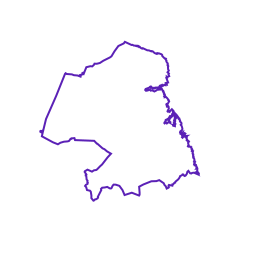 Sokndal nor, Rogaland, Norway (orthographic projection), rotated 224°
{"feature_id": "86288312B30341713179901", "entity_name": "Sokndal nor", "entity_type": "district", "adm_level": 2, "iso_a3": "NOR", "parent_name": "Norway", "parent_adm1": "Rogaland", "projection": "orthographic", "projection_center": [6.294, 58.377], "detail": "fine", "context": "isolated", "style": "outline", "palette": "violet", "viewbox_px": 256, "rotation_deg": 224, "n_neighbors": 0, "source": "geoboundaries", "source_scale": "gbopen_adm2", "svg_char_len": 5882}
<svg xmlns="http://www.w3.org/2000/svg" viewBox="0 0 256 256"><g transform="rotate(224 128 128)"><path d="M45.5,143.2L46.7,143.5L45.8,143.8L46.2,144.1L45.2,143.9L45.1,144.2L45.5,144.5L46.8,144.7L46.7,144.3L47.7,144.0L47.6,144.5L48.1,145.0L48.3,144.8L48.4,145.2L50.0,147.1L50.4,147.2L50.7,146.6L50.9,147.5L51.5,147.7L51.4,147.2L53.0,148.1L53.0,148.4L53.5,148.7L54.0,148.4L53.5,148.2L54.1,148.2L54.3,147.5L55.1,147.9L55.0,148.2L55.3,147.9L55.7,148.6L55.4,148.9L56.2,149.5L56.2,149.9L56.8,149.7L56.9,150.3L57.4,150.2L57.4,150.6L58.7,151.7L60.1,152.3L60.0,151.9L60.4,151.9L61.1,152.5L60.7,152.7L60.8,152.9L62.9,154.0L62.9,154.5L64.1,154.7L64.7,155.9L66.1,155.7L66.2,156.0L65.9,156.6L66.5,156.6L66.7,157.0L67.1,156.9L67.1,157.3L69.3,158.0L69.3,157.6L69.7,157.6L69.7,158.0L70.9,157.5L71.6,156.5L72.2,156.4L72.4,156.9L71.8,157.1L71.9,157.5L74.5,159.0L74.7,160.4L75.9,160.1L75.9,160.5L76.5,160.3L76.7,159.7L76.7,160.3L77.3,160.1L77.5,160.8L78.5,161.0L78.9,161.7L79.3,161.8L79.3,161.4L80.1,161.7L79.9,162.3L80.3,162.3L80.1,163.3L81.2,162.1L81.2,161.5L81.6,161.5L81.5,160.9L82.1,160.3L82.0,158.9L82.8,158.9L82.9,159.6L82.3,159.7L82.0,162.0L82.3,162.5L82.9,162.6L82.9,163.8L83.7,163.7L83.6,162.0L83.0,162.0L83.1,160.0L84.5,160.4L84.4,161.2L85.3,160.7L85.1,161.9L85.6,162.9L85.7,162.3L86.5,161.9L86.3,160.7L86.9,160.7L86.9,161.4L87.5,161.0L88.0,161.8L87.7,164.4L88.5,165.4L90.7,166.7L92.3,166.9L92.3,168.1L93.3,168.8L95.1,168.8L95.3,169.3L96.9,170.1L96.9,169.7L97.1,169.7L97.1,170.1L99.5,170.7L100.1,170.8L100.0,170.2L101.1,171.0L101.8,171.1L102.0,169.5L101.0,169.1L101.2,168.5L100.6,168.6L100.2,167.1L98.5,165.3L98.3,164.3L96.7,163.9L96.4,162.8L95.5,161.9L97.1,161.0L97.8,161.4L96.6,162.1L97.4,162.7L97.0,162.7L97.2,163.2L98.5,163.8L98.8,164.6L100.0,165.2L100.9,167.1L100.7,167.7L101.1,167.8L101.1,168.2L102.9,168.9L102.6,169.1L102.9,169.7L102.8,170.2L102.0,170.5L102.1,170.9L102.4,171.0L102.6,170.5L103.4,171.2L103.8,171.2L103.8,170.8L104.4,171.0L104.1,169.8L104.2,169.4L104.5,163.9L103.4,161.5L101.8,161.6L101.9,161.2L101.3,160.9L102.9,160.5L103.2,158.3L104.4,158.5L105.0,155.9L105.1,157.5L105.6,157.5L105.7,158.7L106.5,160.0L106.2,160.7L105.6,160.9L105.8,161.8L104.7,162.2L105.5,162.9L106.1,165.8L105.2,166.4L105.4,167.9L106.0,168.8L106.0,170.0L106.4,170.4L106.5,171.3L107.3,171.2L107.4,171.9L109.5,172.0L109.5,169.8L109.3,168.7L109.8,168.7L109.8,168.3L110.8,168.6L110.9,167.4L111.1,167.4L111.6,168.4L111.7,169.2L112.1,170.3L113.7,171.6L115.0,171.3L115.1,171.6L115.4,171.5L115.1,171.3L115.3,170.8L115.0,170.3L115.5,170.1L115.3,170.3L116.0,172.2L115.8,171.1L116.9,171.7L116.9,172.1L116.3,172.3L116.2,172.8L116.4,172.9L116.4,173.6L116.9,175.7L118.1,175.9L118.1,176.3L120.7,176.7L122.3,176.7L123.0,175.6L123.6,176.3L123.6,175.9L124.0,175.9L124.1,177.1L125.2,177.2L125.3,177.6L125.9,177.6L125.9,178.0L128.3,179.2L128.9,179.2L128.8,178.8L130.7,179.6L131.2,178.6L132.0,178.5L131.8,177.7L132.7,177.3L132.7,176.7L133.5,176.1L133.7,174.7L134.4,172.6L136.8,171.9L137.1,171.7L137.5,170.7L138.9,170.6L139.5,169.8L139.5,169.4L140.1,169.0L140.2,168.1L141.5,166.7L141.3,167.0L142.0,167.3L141.9,167.8L142.4,168.4L140.7,171.9L140.8,172.9L140.4,173.8L139.5,173.8L139.1,173.1L138.9,173.7L137.3,173.8L137.3,174.7L136.5,174.8L136.1,175.4L136.1,176.2L136.2,175.8L136.4,176.0L135.9,176.7L134.3,177.0L134.8,177.7L134.4,178.6L132.6,179.3L132.6,180.2L132.9,179.9L134.4,180.6L134.1,181.3L133.2,181.3L133.0,182.1L133.2,182.4L132.5,182.6L132.7,183.2L132.0,183.2L131.6,184.4L130.8,184.8L131.1,185.1L130.8,185.2L130.9,185.7L130.3,186.1L130.7,186.3L130.6,186.6L130.8,186.8L131.9,186.9L130.8,188.6L135.1,190.6L135.0,190.8L135.3,190.8L135.3,191.3L135.8,191.8L134.9,191.9L134.8,193.1L134.4,193.9L136.3,194.8L136.4,195.6L138.3,195.6L138.3,196.5L138.6,197.7L139.8,198.0L141.5,199.5L141.7,200.1L142.9,200.5L142.9,201.0L143.5,201.0L144.3,202.1L145.7,202.2L147.1,202.8L147.3,203.3L148.9,203.5L149.0,204.1L150.4,203.5L153.4,203.6L154.2,204.3L155.1,204.3L157.8,203.1L158.1,202.4L158.7,202.3L158.7,201.7L159.1,201.7L159.1,201.1L161.0,200.4L163.5,200.3L164.5,199.7L164.5,199.3L166.8,198.4L168.1,197.3L172.8,195.7L172.8,195.1L173.5,194.7L176.3,194.2L176.6,193.1L176.7,194.0L177.4,193.6L177.1,194.3L177.9,194.1L181.0,191.4L182.6,190.9L183.1,190.2L190.1,187.8L189.8,185.9L191.9,180.3L191.0,173.8L189.7,168.1L190.0,166.3L192.5,159.2L193.4,155.2L195.1,152.5L196.8,151.0L196.4,149.9L196.5,147.5L198.0,146.3L200.2,142.8L197.6,136.4L198.7,136.5L198.9,135.8L197.7,135.4L199.1,133.1L198.4,133.0L197.8,132.0L200.8,130.7L203.6,128.4L205.6,127.6L209.7,124.2L210.9,124.1L210.9,123.2L202.0,101.3L193.2,77.5L186.9,66.7L187.6,66.6L187.6,66.2L188.8,65.3L188.9,64.9L188.5,64.4L185.9,65.0L184.2,62.2L172.0,65.6L167.1,67.6L166.4,70.4L164.6,73.6L162.0,76.6L161.4,77.9L161.8,80.3L161.5,81.1L161.2,81.0L160.9,81.9L159.5,83.5L157.7,82.5L143.4,95.3L139.5,95.1L139.2,95.4L132.1,95.7L130.2,96.4L126.9,96.6L122.4,97.7L122.3,92.8L121.3,83.7L121.5,81.2L121.5,76.7L121.7,75.7L123.1,73.9L123.6,71.6L128.2,69.9L129.0,66.9L128.7,66.3L125.8,65.7L125.9,65.0L125.4,64.4L124.8,64.6L122.0,62.2L120.5,62.0L119.7,60.8L119.0,60.8L118.3,59.7L118.8,57.8L118.6,56.5L117.0,56.4L114.4,54.9L111.7,56.5L110.5,56.3L107.4,54.0L105.6,52.1L102.4,51.7L102.2,51.9L102.1,53.8L101.6,54.3L101.0,56.3L101.4,57.4L101.9,57.6L104.1,64.8L105.1,65.4L105.1,67.1L103.4,69.1L102.0,71.2L99.2,71.9L98.3,72.6L98.1,73.2L99.0,76.0L99.0,77.3L97.5,78.7L94.0,80.4L88.8,79.5L83.9,77.4L80.3,84.1L73.1,87.1L73.3,88.0L74.7,89.5L79.2,93.5L77.7,98.1L74.2,105.9L70.7,109.5L69.3,112.2L63.9,113.1L62.3,112.4L60.3,112.3L58.1,111.3L57.4,113.2L57.5,113.8L57.9,113.7L58.9,114.8L59.0,115.5L56.1,117.3L56.9,118.3L56.3,118.9L56.6,120.2L56.1,121.5L56.6,122.2L56.2,125.8L56.3,127.1L56.7,128.9L57.1,129.4L56.3,131.9L56.5,132.5L55.9,133.0L54.3,132.7L53.8,132.9L53.5,134.1L53.7,134.6L53.8,135.8L54.9,137.8L54.8,139.1L51.9,138.6L50.9,139.2L50.7,140.2L49.5,141.7L45.5,143.2Z" fill="none" stroke="#5b21b6" stroke-width="2"/></g></svg>